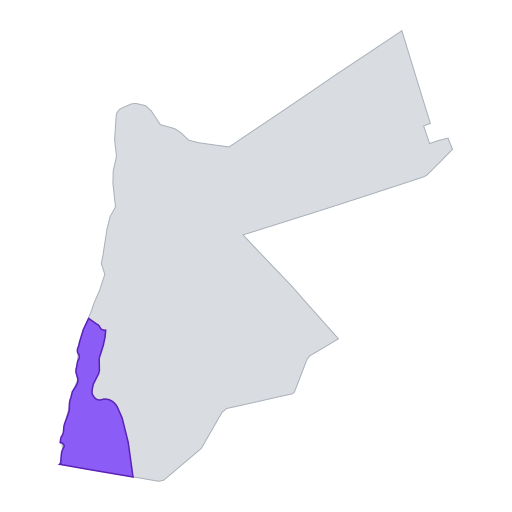 where Aqaba sits in Jordan
{"feature_id": "JOR-849", "entity_name": "Aqaba", "entity_type": "Province", "adm_level": 1, "iso_a3": "JOR", "parent_name": "Jordan", "parent_adm1": "", "projection": "albers", "projection_center": [35.24, 29.976], "detail": "fine", "context": "in_parent", "style": "filled", "palette": "violet", "viewbox_px": 512, "rotation_deg": 0, "n_neighbors": 0, "source": "natural_earth", "source_scale": "10m", "svg_char_len": 2346}
<svg xmlns="http://www.w3.org/2000/svg" viewBox="0 0 512 512"><path d="M135.7,103.4L145.4,105.6L151.0,110.5L160.3,124.6L174.8,128.7L180.7,132.6L188.6,140.1L198.3,142.7L229.0,147.0L253.1,130.8L273.5,117.1L296.6,101.5L312.2,90.9L338.8,72.7L356.3,61.1L379.3,45.8L401.9,30.7L409.0,54.1L416.0,76.9L423.3,100.6L430.4,123.5L423.6,125.9L429.6,143.5L438.4,140.5L448.0,138.1L452.5,149.3L439.6,162.5L426.6,175.4L423.5,176.9L406.2,182.6L370.8,194.2L347.1,201.9L316.6,211.7L291.3,219.7L266.2,227.6L243.0,234.9L256.5,249.2L277.4,271.1L291.3,285.6L307.8,304.4L322.7,321.1L338.4,338.8L327.8,345.2L310.2,355.6L308.5,357.5L307.0,359.4L300.0,377.6L294.5,391.9L292.5,393.7L267.7,399.3L242.6,405.0L226.7,408.5L222.0,412.3L211.9,430.0L201.3,448.4L183.5,463.5L163.7,480.2L158.8,481.3L144.3,478.8L119.6,474.6L95.8,470.5L79.5,467.6L59.7,464.1L62.6,450.1L61.8,442.6L66.5,417.9L69.3,406.1L70.7,397.5L77.5,380.0L76.7,374.3L78.1,354.1L77.4,350.2L80.5,339.3L86.2,323.3L91.9,309.6L93.9,303.4L99.6,290.3L104.8,274.3L102.0,265.6L101.2,263.9L103.3,253.8L103.2,253.7L105.7,237.3L107.1,228.5L110.1,216.7L115.5,206.8L112.9,183.4L113.2,170.8L116.5,156.4L114.6,139.6L116.2,115.7L116.5,113.5L118.4,110.6L119.9,109.0L131.0,104.0L135.7,103.4Z" fill="#d9dde1" stroke="#a8b0b8" stroke-width="1"/><path d="M60.2,442.2L60.6,439.3L61.2,436.9L62.5,434.9L63.4,432.3L63.9,426.3L64.6,423.6L68.9,412.0L69.3,409.8L69.4,403.3L70.1,399.7L70.4,398.8L70.9,397.9L71.2,397.0L71.3,395.7L72.4,391.5L76.3,385.6L77.8,382.0L77.8,378.6L75.9,372.1L76.0,369.0L76.6,367.2L77.5,361.7L78.1,360.3L78.7,359.2L79.2,358.1L79.4,356.6L79.1,355.1L77.8,352.9L77.4,351.8L77.4,349.3L79.0,344.9L79.4,342.4L83.4,329.3L88.7,318.4L90.1,319.4L96.4,323.9L97.8,324.6L99.0,325.7L100.1,327.6L101.2,329.1L102.5,329.8L103.6,330.1L105.7,330.2L105.1,336.9L103.3,345.3L99.2,358.3L99.4,370.4L98.7,373.5L93.3,384.2L92.2,389.5L92.0,392.3L92.4,394.3L92.9,395.3L93.7,396.5L94.5,397.6L95.6,398.7L96.9,399.4L98.4,399.9L99.9,400.0L101.3,399.8L102.5,399.4L103.7,399.1L106.0,399.1L108.8,399.6L110.5,400.3L112.3,401.3L114.1,402.8L115.8,404.6L117.2,406.8L122.1,417.8L128.2,442.3L132.9,476.1L133.1,477.0L122.1,475.1L108.3,472.8L95.4,470.6L80.9,468.1L69.8,466.1L59.5,464.3L60.7,463.4L61.4,453.7L62.0,450.9L64.1,446.6L64.0,444.9L62.1,442.9L60.8,442.9L60.7,442.6L60.7,442.3L60.6,442.1L60.2,442.2Z" fill="#8b5cf6" stroke="#5b21b6" stroke-width="1.5"/></svg>